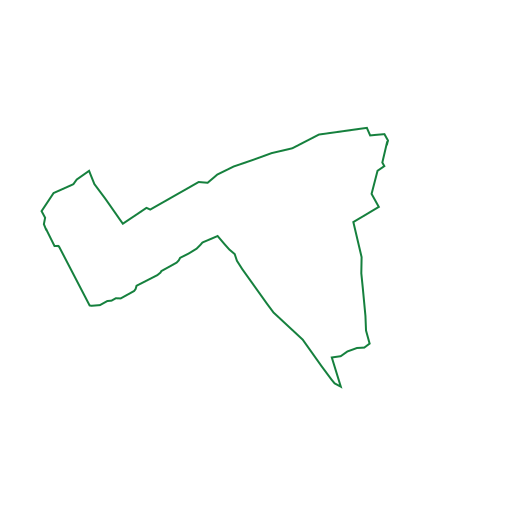 the district of Turkmengala, Mary, Turkmenistan, rotated 61°
{"feature_id": "10190150B49648436133803", "entity_name": "Turkmengala", "entity_type": "district", "adm_level": 2, "iso_a3": "TKM", "parent_name": "Turkmenistan", "parent_adm1": "Mary", "projection": "albers", "projection_center": [62.147, 36.684], "detail": "fine", "context": "isolated", "style": "outline", "palette": "green", "viewbox_px": 512, "rotation_deg": 61, "n_neighbors": 0, "source": "geoboundaries", "source_scale": "gbopen_adm2", "svg_char_len": 1520}
<svg xmlns="http://www.w3.org/2000/svg" viewBox="0 0 512 512"><g transform="rotate(61 256 256)"><path d="M220.1,85.7L219.3,84.8L219.0,84.6L213.0,84.6L212.8,84.6L211.7,84.6L208.1,92.6L205.9,97.7L198.5,97.0L197.7,96.9L195.0,103.8L180.7,141.0L180.3,142.1L179.4,171.7L179.2,172.7L173.6,192.4L170.3,213.1L166.9,232.1L166.0,250.4L166.7,253.7L168.5,262.8L163.5,270.3L163.8,297.3L164.1,325.4L164.1,326.0L161.4,328.0L160.8,328.5L163.2,356.8L158.1,357.4L140.6,359.2L132.3,360.1L116.2,362.3L114.8,362.5L110.8,362.0L103.5,361.1L102.2,360.9L100.6,360.7L102.2,375.7L103.4,378.3L104.6,380.8L104.6,381.8L102.8,402.5L108.5,413.5L112.8,421.8L120.3,421.9L125.1,425.9L125.3,426.1L128.6,426.5L131.1,426.8L131.2,426.5L132.0,426.6L149.6,427.4L151.3,424.1L151.8,424.1L152.1,423.7L218.6,425.5L219.8,424.0L223.3,416.3L223.3,408.3L223.3,407.9L225.0,404.0L225.0,399.1L227.5,394.9L227.5,379.5L226.5,377.3L224.1,374.9L224.9,351.5L224.2,347.6L223.3,346.1L223.3,343.2L223.3,328.6L222.4,325.7L220.8,323.2L221.2,313.8L220.8,304.4L219.3,299.2L218.3,296.5L218.3,295.6L218.3,295.3L219.5,284.1L219.9,279.9L230.8,277.7L237.4,276.2L244.0,273.7L250.9,275.0L260.7,274.4L302.6,269.6L313.9,268.1L351.8,255.7L384.1,252.1L400.6,249.9L405.5,249.0L411.4,245.2L381.5,238.9L384.7,230.5L383.8,222.3L384.8,216.2L385.4,212.3L388.6,205.7L387.7,199.1L374.5,195.9L361.6,189.4L335.5,178.0L322.2,172.3L308.2,164.2L273.5,154.4L272.6,124.8L257.7,124.8L240.4,108.4L239.6,100.2L235.5,100.2L220.7,86.8L221.2,86.7L220.1,85.7Z" fill="none" stroke="#15803d" stroke-width="2"/></g></svg>